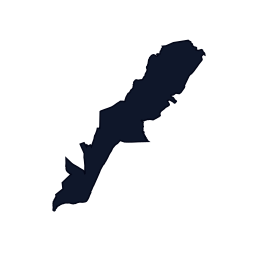 the district of San Juan Atzompa, Puebla, Mexico, rotated 109°
{"feature_id": "50627088B45954592867163", "entity_name": "San Juan Atzompa", "entity_type": "district", "adm_level": 2, "iso_a3": "MEX", "parent_name": "Mexico", "parent_adm1": "Puebla", "projection": "natural_earth1", "projection_center": [-98.029, 18.745], "detail": "fine", "context": "isolated", "style": "filled", "palette": "ink", "viewbox_px": 256, "rotation_deg": 109, "n_neighbors": 0, "source": "geoboundaries", "source_scale": "gbopen_adm2", "svg_char_len": 5699}
<svg xmlns="http://www.w3.org/2000/svg" viewBox="0 0 256 256"><g transform="rotate(109 128 128)"><path d="M230.1,172.0L230.3,171.4L230.3,170.8L230.2,170.6L229.7,170.3L229.5,170.2L229.2,170.3L228.9,170.5L228.5,170.4L228.1,170.3L227.6,170.0L226.8,169.7L226.1,169.5L225.9,169.6L225.5,169.9L225.2,169.9L225.1,169.3L224.8,169.0L224.1,168.5L223.4,167.8L222.1,166.9L221.8,166.4L221.4,166.2L221.3,165.9L220.6,165.1L220.4,164.5L219.9,163.9L219.4,163.6L219.2,162.8L218.9,162.3L218.6,161.2L217.8,159.1L217.7,157.0L217.4,155.1L217.0,154.6L216.2,152.9L215.4,152.3L214.3,150.7L213.7,149.7L213.5,149.1L212.9,147.0L212.7,146.5L211.7,144.6L210.9,143.7L210.3,143.4L208.9,143.0L207.7,142.8L206.2,142.6L204.2,142.6L201.7,142.3L200.7,142.3L200.1,142.8L198.5,142.4L194.9,142.2L193.4,141.9L185.4,141.2L179.3,140.7L176.5,140.6L173.4,140.1L171.2,139.7L170.2,139.2L169.1,138.9L168.1,138.8L166.7,138.4L162.4,137.7L159.5,137.4L157.0,136.9L155.1,136.4L152.1,136.1L151.1,135.8L150.5,135.5L149.0,135.0L147.8,134.4L146.4,133.4L146.0,133.0L142.3,131.5L142.2,126.7L141.0,122.9L139.4,118.5L137.7,114.3L134.0,104.4L133.7,105.3L133.6,106.0L133.4,106.3L133.2,106.4L132.6,106.3L132.5,106.6L132.6,107.3L132.6,107.6L132.3,108.1L132.1,108.2L131.9,108.1L131.7,107.8L131.5,107.7L131.3,108.0L131.5,108.8L131.4,109.0L130.7,108.9L130.4,108.9L130.2,109.1L130.1,109.3L129.9,109.7L129.9,110.1L129.7,110.3L129.3,110.3L129.1,110.7L128.6,110.9L128.4,111.1L128.0,111.9L127.9,112.0L127.4,111.6L127.0,111.5L126.8,111.6L126.6,111.8L126.7,112.7L126.7,113.0L126.2,113.1L126.1,112.9L125.5,113.4L124.8,113.4L122.9,114.2L121.8,114.0L121.6,114.1L120.7,114.8L120.1,114.9L119.8,115.1L119.7,115.4L118.9,115.5L118.5,115.4L118.2,115.4L117.9,115.5L117.7,115.8L117.4,116.3L117.2,117.0L117.0,117.6L116.7,117.8L116.4,117.6L116.5,117.1L116.2,116.7L116.1,115.8L115.9,115.3L115.2,114.6L113.7,112.6L113.3,112.1L113.3,111.6L112.6,110.2L112.4,109.3L112.2,108.3L112.1,107.4L111.9,106.9L111.6,106.5L110.9,106.0L109.7,104.8L107.5,102.9L107.3,102.6L107.2,102.5L106.5,102.5L106.4,102.4L106.3,102.0L106.1,101.8L105.9,101.7L105.6,101.7L105.0,102.2L104.4,102.4L104.1,102.6L103.6,102.7L102.6,102.7L101.1,102.2L97.6,99.9L96.3,99.4L95.4,98.5L94.3,97.5L92.9,96.6L92.6,96.6L91.9,97.0L90.3,98.9L89.4,99.6L88.7,99.1L88.3,98.6L88.0,98.2L87.9,97.7L87.9,97.1L88.6,93.7L88.8,93.0L89.1,92.6L89.2,92.4L89.2,92.1L88.9,91.7L88.2,91.5L87.4,91.1L87.1,91.0L86.8,91.2L86.3,92.9L85.7,93.7L84.8,94.8L84.7,95.0L84.5,96.5L84.3,97.5L84.1,97.8L83.5,98.0L83.1,98.0L82.9,97.8L82.7,97.5L82.1,96.3L81.6,95.7L79.6,94.4L79.4,94.2L78.9,91.5L78.7,90.7L77.1,89.6L71.6,88.0L70.9,88.0L70.4,88.0L69.5,88.6L58.5,87.3L58.3,87.1L57.3,86.8L56.8,86.5L56.5,86.2L56.0,85.9L55.8,85.6L54.8,85.4L54.4,85.1L53.4,84.7L52.9,84.5L52.0,84.2L50.6,83.8L49.4,83.4L48.9,83.3L48.5,83.1L47.5,82.8L44.3,81.9L40.1,80.4L39.5,80.3L39.2,80.3L38.9,80.4L36.9,81.9L36.6,82.0L36.2,81.9L35.2,81.6L34.2,81.1L33.8,80.8L33.7,80.6L33.9,79.2L33.3,79.5L32.5,80.0L32.1,80.6L31.5,81.8L31.4,82.2L31.1,82.4L30.2,82.9L30.1,83.2L30.0,84.0L31.8,86.6L31.9,87.6L32.1,88.8L31.8,89.2L30.5,89.2L30.0,89.3L29.8,89.5L29.7,89.9L29.7,90.4L29.9,91.8L29.9,92.2L29.5,92.6L29.4,92.9L29.4,93.2L29.6,93.4L29.5,94.1L29.4,94.3L28.5,94.4L27.8,94.4L27.7,94.5L27.6,95.5L27.5,95.9L27.3,96.1L27.0,96.2L26.3,96.7L26.1,96.9L26.1,97.1L26.2,98.0L25.7,99.0L25.7,99.4L25.9,99.7L25.7,99.8L32.6,112.8L38.0,118.7L39.5,121.9L39.7,121.5L39.9,121.3L40.3,121.3L40.5,121.5L41.5,121.7L42.1,121.9L42.4,122.0L42.8,122.0L43.4,121.7L43.9,121.7L44.2,121.8L44.5,122.2L44.9,122.3L45.1,122.3L46.0,122.2L47.0,121.9L47.4,121.9L47.8,122.3L48.0,122.6L48.1,123.0L48.1,123.4L48.3,124.0L48.5,124.5L48.9,124.7L49.0,124.4L49.0,124.0L49.0,123.7L49.3,123.5L49.9,123.5L50.6,123.8L50.7,124.0L50.7,124.3L50.7,125.0L50.7,125.4L50.4,126.9L50.4,127.4L50.5,127.9L51.2,128.7L52.0,129.4L53.1,129.7L53.5,129.9L54.3,130.3L54.9,130.3L55.4,130.2L55.9,130.2L56.2,130.5L57.1,130.5L57.7,130.4L58.6,130.1L59.0,130.2L59.9,129.9L61.2,129.8L61.6,129.9L62.1,129.8L62.5,129.6L62.9,129.7L63.5,130.1L64.0,130.2L64.6,130.1L65.2,129.8L66.0,129.1L66.5,128.8L67.1,128.7L68.3,128.6L68.8,128.6L69.1,128.7L69.6,128.8L70.0,128.9L71.1,129.1L72.2,129.0L73.0,128.8L74.0,129.1L74.5,129.5L77.2,129.9L78.0,130.6L78.3,131.2L78.7,132.3L79.4,133.3L79.7,134.5L79.8,135.5L79.9,136.0L80.2,136.3L80.7,136.7L81.3,136.8L82.1,137.2L82.7,137.4L83.2,137.3L84.1,136.8L85.2,137.1L85.8,136.6L86.8,136.6L87.2,136.4L87.7,136.3L88.6,136.3L89.9,136.7L91.4,137.6L92.1,137.6L92.7,137.8L93.0,137.8L94.3,138.1L94.9,138.8L95.4,139.1L99.5,139.8L102.2,139.7L103.7,139.6L104.1,139.7L104.6,141.8L105.3,143.9L106.6,144.8L108.1,146.1L111.9,148.8L113.7,150.4L115.8,152.9L118.4,156.2L120.4,158.6L121.0,159.3L121.5,159.6L135.5,155.1L137.6,154.7L138.3,156.8L139.8,156.6L140.9,156.5L144.9,156.6L145.7,156.9L147.2,156.8L149.5,156.4L157.7,156.5L156.3,158.0L157.3,159.1L158.4,160.0L157.3,161.5L157.8,161.8L157.8,162.0L158.2,161.8L158.9,161.6L156.3,164.8L158.8,167.9L161.0,165.9L164.6,162.5L166.2,161.1L166.7,160.9L170.1,159.9L172.2,158.8L177.3,156.5L179.4,155.8L183.9,154.3L184.9,153.9L185.8,153.4L185.2,154.1L184.5,154.5L183.8,155.0L183.4,155.5L182.9,156.3L182.7,156.8L181.9,160.8L181.5,162.3L180.4,168.0L179.9,169.6L179.3,171.0L176.6,176.8L181.4,175.0L184.5,174.2L185.1,173.6L186.3,173.3L187.3,172.8L188.1,172.2L188.6,171.5L189.1,170.7L189.3,170.0L189.8,168.7L190.2,167.1L190.3,166.7L201.1,172.3L206.8,169.6L214.5,174.5L215.1,174.1L215.7,173.9L216.2,173.8L216.9,173.5L217.1,173.5L217.3,173.8L217.6,173.9L218.0,173.6L218.3,173.6L218.5,173.9L219.6,174.3L219.8,174.3L220.2,173.9L220.4,173.9L220.7,174.2L221.6,174.5L222.2,174.5L222.9,174.3L224.1,174.1L224.4,173.8L225.7,173.5L227.5,172.6L227.8,172.6L229.0,172.3L229.6,172.2L230.1,172.0Z" fill="#0f172a" stroke="#020617" stroke-width="1.5"/></g></svg>